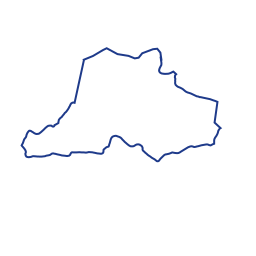 Gomier, Micoud, Saint Lucia (Robinson projection), rotated 125°
{"feature_id": "8701671B18613428350032", "entity_name": "Gomier", "entity_type": "district", "adm_level": 2, "iso_a3": "LCA", "parent_name": "Saint Lucia", "parent_adm1": "Micoud", "projection": "robinson", "projection_center": [-60.951, 13.816], "detail": "fine", "context": "isolated", "style": "outline", "palette": "blue", "viewbox_px": 256, "rotation_deg": 125, "n_neighbors": 0, "source": "geoboundaries", "source_scale": "gbopen_adm2", "svg_char_len": 4923}
<svg xmlns="http://www.w3.org/2000/svg" viewBox="0 0 256 256"><g transform="rotate(125 128 128)"><path d="M97.5,203.4L97.8,203.0L116.5,195.2L138.0,186.2L138.2,186.7L138.5,187.5L138.8,187.7L139.0,187.9L139.3,188.1L139.7,188.3L140.4,188.6L141.6,188.6L142.7,188.4L143.6,188.2L144.6,188.2L144.8,188.1L145.4,188.0L145.9,188.0L146.6,187.9L147.3,187.9L148.1,187.9L149.3,187.9L150.1,188.0L150.6,188.0L151.2,188.2L151.9,188.4L152.4,188.4L152.9,188.4L153.6,188.4L154.5,188.5L155.7,188.6L156.9,188.6L157.4,188.7L157.6,188.8L158.2,189.0L158.4,189.1L159.4,189.2L160.0,189.3L161.0,189.3L161.5,189.1L161.8,188.9L162.4,188.7L162.6,188.6L163.0,188.4L163.3,188.2L163.5,188.1L163.9,187.9L164.4,188.1L166.2,189.0L167.3,189.5L167.7,189.8L167.9,189.7L168.6,189.6L169.3,189.7L169.6,189.9L169.8,190.1L170.0,190.5L170.1,191.2L170.0,192.0L170.3,192.6L170.7,193.2L171.3,193.9L172.0,194.6L173.2,195.1L175.4,195.7L177.8,196.1L181.3,196.9L182.5,197.3L183.3,197.5L183.5,197.7L183.8,197.8L184.1,198.0L184.6,198.6L185.2,199.2L185.4,199.6L185.7,200.2L185.9,201.2L186.0,202.0L186.0,202.8L186.0,203.5L186.0,203.8L186.1,204.4L186.1,204.9L186.1,205.7L186.3,206.3L186.4,206.6L186.6,206.9L186.9,207.3L187.5,207.5L188.5,207.6L189.4,207.6L189.6,207.6L190.7,207.4L191.7,207.2L192.7,206.8L192.9,206.7L193.9,206.4L194.4,206.4L194.9,206.4L195.7,206.5L196.6,206.5L196.9,206.5L198.1,206.2L198.3,206.1L199.1,205.9L200.0,205.6L200.3,205.6L200.7,205.4L201.0,205.4L201.3,205.4L201.7,205.3L202.1,205.3L203.3,205.1L203.4,204.7L203.5,204.5L204.0,202.5L204.2,201.7L204.6,200.5L205.2,199.1L206.1,198.0L206.8,197.6L208.0,197.3L208.7,196.6L209.3,195.9L209.7,194.8L209.5,193.8L208.8,192.5L207.4,191.0L205.6,189.7L204.6,188.1L203.3,185.8L201.1,182.5L198.7,179.8L197.6,179.1L195.7,177.2L194.9,176.5L193.1,175.8L192.4,175.5L191.6,174.5L191.3,173.6L190.9,172.9L190.1,170.7L189.1,168.4L188.4,166.4L187.2,164.3L185.9,161.8L184.5,160.4L183.1,160.0L182.4,160.2L182.0,160.3L180.8,160.3L180.0,159.9L178.9,158.1L177.6,156.3L175.7,153.9L174.7,152.2L173.1,149.8L172.3,148.3L171.1,147.1L170.2,146.3L169.0,144.3L168.4,143.3L168.2,142.9L168.0,142.3L167.7,141.7L167.3,140.8L166.9,139.8L166.5,138.8L166.1,138.0L165.6,137.2L165.0,136.0L164.5,135.2L163.9,134.7L163.2,134.3L162.5,134.2L161.8,134.4L160.9,134.9L160.7,135.0L160.0,135.5L159.4,135.5L158.8,135.4L158.3,135.2L157.0,134.9L156.6,134.8L155.6,134.3L154.9,133.7L154.4,133.3L153.8,133.4L153.2,133.5L152.4,133.9L150.8,134.3L147.2,135.6L146.1,135.8L145.5,135.9L144.7,135.8L144.1,135.7L143.3,135.3L142.5,134.7L141.9,134.1L141.3,133.4L141.0,132.5L140.8,131.6L140.5,130.7L140.3,129.9L140.3,129.4L140.1,128.8L140.2,128.0L140.3,127.2L140.6,126.3L140.8,125.1L141.0,124.0L141.3,122.6L141.4,121.2L141.5,120.5L141.6,119.4L141.7,117.9L141.7,116.9L141.6,115.9L141.4,115.2L141.1,114.7L140.7,114.2L140.3,113.6L139.7,113.0L139.0,112.6L138.6,112.4L137.9,112.2L136.8,111.6L136.3,111.2L135.7,110.4L135.3,109.9L134.9,108.7L135.0,108.1L134.9,107.7L134.9,107.2L134.9,106.6L135.1,106.0L135.4,105.4L135.7,104.9L136.2,104.4L136.9,104.0L137.3,103.7L137.7,103.2L137.9,102.7L138.0,101.9L138.1,101.0L138.4,99.3L138.4,98.2L138.6,97.1L138.7,96.1L138.7,94.8L138.6,93.5L138.6,93.1L138.7,92.0L138.7,91.4L138.6,90.2L138.5,89.2L138.4,88.2L138.5,87.0L138.6,85.4L138.2,84.6L137.8,84.2L137.2,83.9L134.6,83.8L131.4,83.2L129.4,82.8L128.4,82.3L128.1,82.1L127.6,81.5L126.8,80.8L126.2,80.2L125.7,79.8L125.0,79.2L124.6,79.0L123.9,78.5L123.4,78.2L122.7,77.8L122.5,77.4L122.3,77.0L122.0,76.3L121.5,75.2L121.1,74.5L120.6,73.6L120.0,72.8L119.4,72.2L119.0,72.0L118.1,71.5L117.0,71.1L109.7,67.9L109.1,67.6L108.4,67.1L107.5,66.5L106.6,65.6L106.2,64.8L105.8,63.6L105.7,63.0L105.3,62.5L104.8,62.0L104.4,61.6L103.6,61.0L102.7,60.1L101.6,59.2L100.1,58.0L99.1,57.0L98.0,55.9L97.0,54.9L96.3,54.1L95.9,53.5L95.7,53.0L95.6,52.4L95.4,51.6L95.1,51.0L95.0,50.6L94.8,50.3L93.8,49.8L92.4,49.1L91.5,48.4L89.9,49.5L88.9,50.2L88.4,50.5L87.4,50.9L86.0,51.1L83.5,51.1L81.4,51.4L80.3,51.7L79.3,52.1L78.2,52.5L75.6,52.5L75.0,52.2L73.9,60.2L55.3,69.7L55.8,72.0L56.5,74.3L57.3,77.3L60.1,83.9L61.1,86.3L61.6,87.0L61.9,88.4L62.6,89.9L63.3,94.1L63.7,96.4L64.4,98.7L64.7,99.5L65.0,101.2L65.0,102.2L64.7,105.6L65.0,108.2L65.6,110.7L65.6,112.1L65.3,113.8L64.3,115.1L62.5,116.2L62.0,116.7L60.6,117.4L59.7,118.6L58.1,119.5L57.3,119.6L56.3,119.4L56.0,121.5L55.8,123.2L56.1,123.4L57.0,123.9L57.5,124.1L58.2,124.5L58.8,124.9L59.3,125.2L59.8,125.6L60.4,126.1L60.8,126.6L61.2,127.1L61.5,127.5L61.9,128.0L62.3,128.6L62.6,129.0L63.1,129.8L63.4,130.5L63.7,131.0L64.0,131.7L64.1,132.2L64.2,132.9L64.2,133.3L64.1,134.1L63.6,134.8L63.4,135.3L62.6,135.7L62.1,136.0L61.6,136.1L61.1,136.3L59.8,136.5L58.6,136.7L58.0,136.7L57.4,136.8L57.0,137.0L56.0,137.6L55.1,138.3L54.5,138.9L53.6,139.8L53.3,140.0L52.9,140.4L51.9,141.3L51.3,141.9L50.9,142.4L51.2,141.4L47.7,144.7L46.3,149.5L49.1,152.7L58.6,159.2L64.3,159.6L67.1,162.4L68.6,168.9L73.5,179.0L74.9,191.2L78.5,193.2L89.1,198.0L97.5,203.4Z" fill="none" stroke="#1e3a8a" stroke-width="2"/></g></svg>